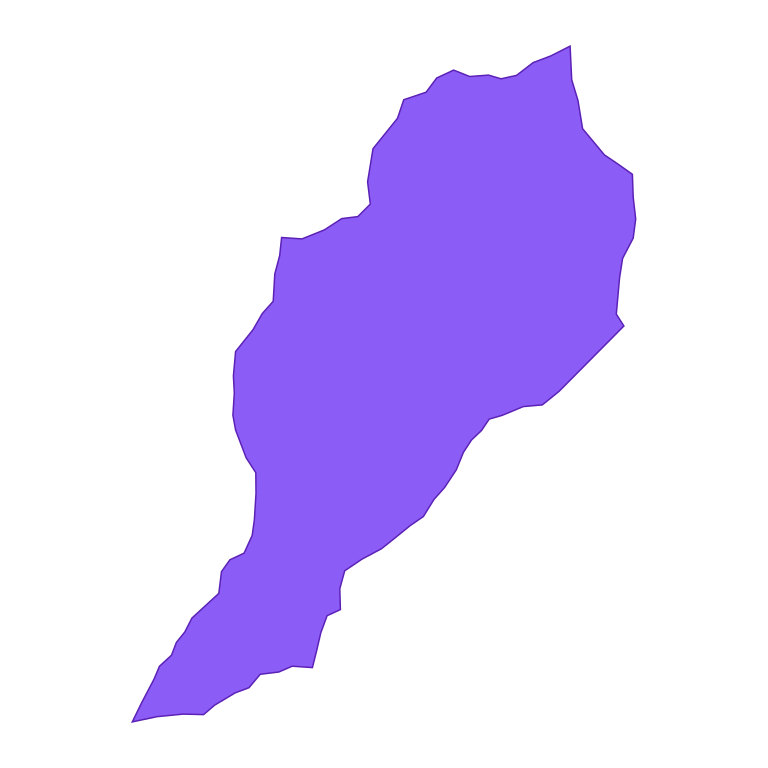 outline of Santa Salete, São Paulo, Brazil
{"feature_id": "56859067B39961263989450", "entity_name": "Santa Salete", "entity_type": "district", "adm_level": 2, "iso_a3": "BRA", "parent_name": "Brazil", "parent_adm1": "São Paulo", "projection": "orthographic", "projection_center": [-50.728, -20.265], "detail": "fine", "context": "isolated", "style": "filled", "palette": "violet", "viewbox_px": 768, "rotation_deg": 0, "n_neighbors": 0, "source": "geoboundaries", "source_scale": "gbopen_adm2", "svg_char_len": 1236}
<svg xmlns="http://www.w3.org/2000/svg" viewBox="0 0 768 768"><path d="M281.6,237.5L279.7,255.5L274.8,274.0L273.2,301.3L262.3,313.5L253.0,329.7L235.6,351.5L233.4,375.9L234.3,393.0L232.9,415.3L235.6,430.1L246.2,457.9L255.8,472.7L256.0,493.6L254.4,519.4L252.2,535.4L244.1,553.1L229.9,559.8L221.5,571.6L218.8,593.4L191.9,618.1L184.8,632.0L176.4,642.4L171.5,655.2L159.5,666.2L154.1,679.0L141.6,702.8L132.3,721.9L156.8,716.7L183.2,714.1L203.6,714.6L214.7,705.1L235.1,692.9L249.0,687.7L260.2,674.3L278.9,672.0L292.2,666.2L312.4,667.6L316.7,650.5L320.8,632.8L327.1,615.7L340.4,609.6L339.8,588.7L344.7,570.8L361.9,559.2L381.5,548.7L396.4,536.8L410.3,525.5L423.4,516.5L434.0,499.4L444.6,487.5L456.3,469.8L463.4,452.4L471.5,440.0L481.6,430.4L489.2,419.1L502.3,415.3L523.2,406.6L542.3,404.9L558.9,391.5L623.9,326.0L616.3,314.1L619.6,277.6L622.6,258.4L633.2,238.1L635.7,219.0L633.2,197.2L632.4,174.3L616.4,163.0L604.4,154.9L582.6,128.7L578.0,100.6L571.7,79.7L570.1,46.1L550.8,55.9L533.1,62.6L516.5,75.4L501.0,78.8L488.5,75.1L469.7,76.5L453.6,70.1L436.7,78.0L426.1,92.2L403.8,99.7L397.5,118.3L373.0,148.7L367.6,181.8L370.3,204.1L357.8,216.6L341.7,218.6L324.3,229.9L302.0,238.9L281.6,237.5Z" fill="#8b5cf6" stroke="#5b21b6" stroke-width="1.5"/></svg>